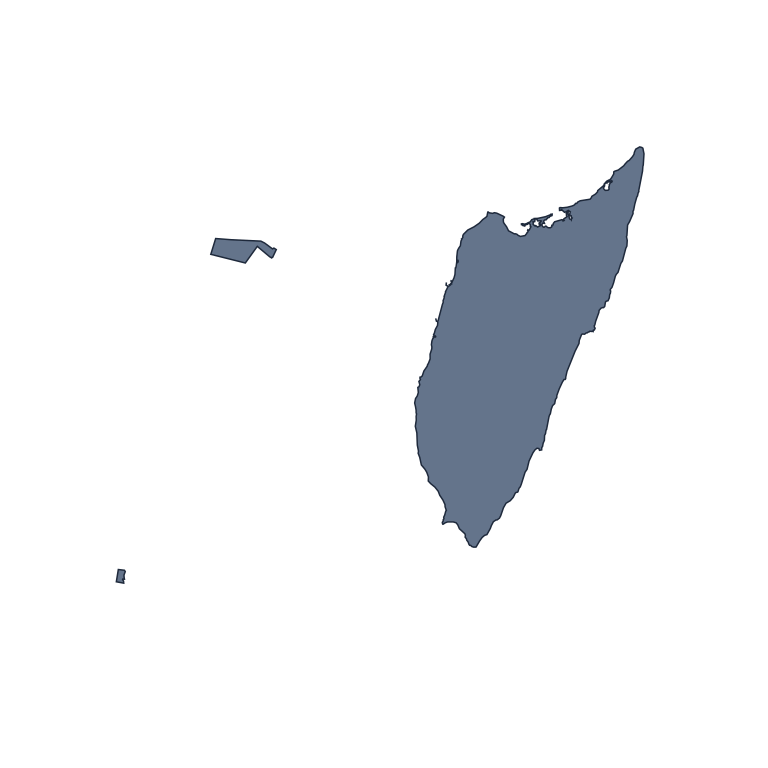 Cozumel, Quintana Roo, Mexico (Robinson projection), rotated 347°
{"feature_id": "50627088B79233583938817", "entity_name": "Cozumel", "entity_type": "district", "adm_level": 2, "iso_a3": "MEX", "parent_name": "Mexico", "parent_adm1": "Quintana Roo", "projection": "robinson", "projection_center": [-86.9, 20.435], "detail": "fine", "context": "isolated", "style": "filled", "palette": "slate", "viewbox_px": 768, "rotation_deg": 347, "n_neighbors": 0, "source": "geoboundaries", "source_scale": "gbopen_adm2", "svg_char_len": 6150}
<svg xmlns="http://www.w3.org/2000/svg" viewBox="0 0 768 768"><g transform="rotate(347 384 384)"><path d="M675.7,252.9L683.8,234.7L685.2,230.2L685.9,228.9L689.1,218.2L689.3,212.5L688.4,211.5L686.5,210.5L682.1,211.8L680.1,214.5L679.2,216.5L677.1,218.5L673.2,221.3L671.4,221.8L668.6,223.7L666.7,225.3L660.4,228.2L656.4,228.6L655.6,229.0L655.1,231.0L652.3,234.0L651.0,235.2L647.9,236.8L648.0,237.6L649.3,237.8L649.8,237.5L650.3,237.9L651.1,236.9L652.0,237.7L651.1,238.7L650.3,238.5L648.3,240.5L648.1,241.6L647.4,242.6L647.1,244.8L646.6,245.2L645.8,245.6L643.1,245.1L641.9,243.1L641.9,242.4L643.4,240.8L644.1,238.6L645.8,237.7L646.4,238.4L647.7,236.2L646.6,236.5L643.4,238.8L643.3,239.6L642.6,240.1L635.8,243.6L635.2,244.9L632.8,246.5L628.7,247.9L628.0,249.0L626.4,250.3L616.4,249.6L613.7,250.3L612.4,251.4L611.2,251.1L610.4,252.0L609.0,252.6L607.0,252.9L602.2,253.0L597.8,252.5L595.2,251.7L594.5,252.0L594.1,254.4L595.8,254.6L596.4,253.4L596.4,254.3L598.5,257.3L600.0,257.2L602.6,256.3L604.3,258.1L603.5,259.5L602.9,261.6L603.0,261.9L604.3,262.3L604.1,263.9L604.7,264.6L603.7,265.4L603.4,266.2L603.2,265.7L602.0,264.9L601.7,258.8L602.4,257.6L601.7,257.4L599.9,258.9L600.2,259.7L599.8,260.1L599.7,260.8L600.0,262.1L596.5,263.5L595.8,264.2L596.3,265.2L595.1,265.4L594.9,264.3L594.3,263.9L586.8,264.3L585.1,265.6L584.5,267.0L583.2,267.1L582.9,268.5L581.2,269.2L579.6,268.8L578.6,268.3L577.4,266.6L576.7,266.5L575.7,267.2L574.6,267.0L573.9,266.0L573.5,264.4L574.9,263.0L576.5,263.6L576.1,261.2L577.4,260.3L578.9,260.5L579.5,259.8L580.3,259.6L580.7,258.9L582.4,258.9L583.3,258.0L585.6,257.7L586.1,256.3L584.7,256.1L584.4,256.5L579.0,257.3L571.1,257.2L568.0,256.6L568.1,257.0L569.9,257.7L570.5,259.7L573.7,260.3L573.6,261.1L572.3,261.8L571.6,261.8L571.2,262.5L571.2,263.5L572.2,263.3L572.4,263.8L572.0,264.9L569.0,265.6L567.5,263.8L567.0,264.1L566.4,263.7L565.2,261.9L565.7,260.4L565.6,259.5L565.8,259.2L566.3,259.7L567.4,259.7L568.0,258.0L567.7,256.8L564.9,257.1L563.0,258.9L560.7,259.3L562.2,261.1L562.4,261.8L562.0,263.3L562.5,263.9L560.1,266.7L559.4,266.8L558.9,266.1L558.5,266.5L558.8,267.5L558.3,268.3L557.4,268.7L557.1,269.3L554.8,271.1L550.1,270.9L548.1,269.3L547.2,268.0L546.1,267.3L544.7,267.0L539.8,262.7L538.8,258.4L537.1,254.4L536.8,253.1L537.3,250.2L538.9,248.5L538.0,247.4L532.3,242.9L530.0,241.9L528.3,242.2L525.1,240.9L524.2,239.8L523.8,239.8L522.0,243.8L520.5,244.6L517.2,246.0L513.1,248.7L507.1,251.1L500.3,252.8L495.0,256.1L494.0,257.6L493.8,258.9L492.4,260.3L492.3,260.1L492.2,260.1L492.2,260.8L491.2,262.0L489.5,266.5L486.9,268.9L486.7,268.7L486.8,269.0L485.5,270.8L483.5,276.6L482.3,281.6L483.1,281.3L483.6,280.0L484.0,280.2L483.8,281.6L482.9,282.3L482.1,282.0L480.8,285.5L480.0,287.0L479.6,287.0L477.8,293.2L476.1,296.3L473.6,299.5L472.6,298.5L472.4,298.7L473.5,299.5L472.9,300.1L473.0,300.4L471.8,301.7L471.6,301.2L471.4,301.4L471.8,301.7L471.1,301.8L471.4,302.0L470.9,302.4L470.2,302.4L470.4,302.7L469.6,303.1L468.5,303.4L466.9,301.7L467.6,299.1L466.7,301.7L468.4,303.4L464.6,308.0L464.7,308.4L462.3,312.1L462.5,312.3L461.7,314.1L460.3,316.1L460.1,317.7L458.8,319.6L450.9,334.6L450.2,335.0L449.3,334.6L449.1,331.7L449.2,334.6L450.0,335.1L450.3,336.1L449.3,339.0L446.3,342.4L444.0,346.7L443.6,346.7L443.3,347.3L443.8,348.6L444.9,348.8L445.0,349.6L444.1,349.9L443.5,348.9L442.6,349.0L442.3,350.4L441.6,350.9L440.4,352.8L439.0,356.4L439.0,358.6L438.4,360.6L435.6,365.3L434.6,369.9L432.2,373.5L430.5,375.4L430.3,376.2L425.8,380.3L423.1,384.7L421.4,385.6L420.7,385.4L420.3,386.3L420.5,387.9L418.6,389.3L418.7,392.8L417.4,394.6L416.2,394.9L415.5,400.1L413.6,403.3L411.5,405.2L409.6,409.4L409.6,413.1L409.4,416.7L408.8,419.4L409.0,420.4L408.0,422.9L407.3,426.5L405.0,432.2L405.0,439.1L402.7,451.1L402.5,457.2L401.7,459.2L402.3,463.5L402.2,471.3L404.7,476.2L405.8,479.6L406.4,484.5L405.3,488.5L407.0,491.5L410.4,495.9L412.7,500.7L413.3,505.0L415.3,510.3L416.3,515.2L415.9,517.4L416.3,521.3L415.6,521.7L413.7,525.3L412.2,527.2L412.1,528.8L411.2,529.5L410.8,530.9L409.7,531.9L409.6,533.3L409.8,533.9L410.2,533.9L412.5,533.0L414.9,532.7L420.5,534.0L423.1,535.5L424.2,537.9L424.9,542.0L429.1,548.1L429.3,549.5L428.6,551.5L429.5,553.4L429.5,554.8L430.5,557.1L430.6,558.9L431.1,560.4L432.1,560.7L433.0,562.1L434.6,563.1L437.0,563.6L441.9,558.4L445.1,555.6L448.0,554.1L450.4,553.9L455.1,548.7L456.7,546.2L459.6,542.8L462.4,541.7L463.6,541.9L466.3,540.7L468.1,538.6L472.6,531.4L476.1,527.6L480.8,526.1L484.5,523.4L487.3,519.9L488.2,519.4L489.9,519.4L490.4,518.9L492.1,516.0L493.6,514.9L495.2,512.6L501.6,501.7L504.2,499.3L508.0,491.7L513.6,484.6L516.2,482.2L518.6,481.0L520.4,481.7L520.6,483.6L522.8,483.7L523.4,481.4L524.4,480.6L525.8,477.4L527.6,475.0L528.9,470.2L530.2,468.7L531.5,465.4L532.1,465.0L537.5,452.8L538.6,451.1L539.3,450.6L541.4,446.0L543.4,443.0L545.9,441.5L547.6,437.6L549.2,436.2L549.9,433.9L553.7,428.1L558.2,422.3L560.4,420.1L561.6,420.3L562.2,419.7L562.7,418.0L565.2,412.8L577.6,395.0L583.1,388.4L584.1,385.4L587.6,380.3L588.4,379.9L590.7,380.6L592.6,379.7L593.6,379.9L594.8,379.3L595.6,379.4L596.3,378.9L598.1,379.5L598.7,379.4L599.5,380.0L600.2,378.6L601.1,378.7L602.3,377.1L601.8,376.0L602.0,374.5L602.7,373.9L604.3,370.6L609.4,362.7L610.2,360.6L612.6,358.9L614.0,358.7L615.1,359.0L616.5,358.1L618.2,354.0L619.2,353.3L621.0,353.3L622.9,350.8L624.0,347.7L625.0,346.5L625.8,344.3L625.5,343.6L625.8,342.7L627.9,341.1L630.5,337.0L633.6,331.1L635.0,329.4L637.1,327.9L641.9,319.8L644.0,317.8L650.1,306.2L651.7,304.2L653.3,298.8L653.4,295.0L654.1,293.9L657.1,283.9L659.9,280.9L665.0,274.0L665.4,271.8L666.3,270.8L668.9,265.0L672.3,258.8L673.3,257.8L674.6,255.0L675.6,253.9L675.7,252.9ZM309.3,228.8L307.3,226.8L305.8,227.3L299.4,219.8L296.2,217.1L267.4,209.0L252.7,204.4L244.4,218.7L276.1,234.9L291.5,221.4L301.3,234.4L302.9,235.9L303.3,235.4L304.0,235.5L309.3,228.8ZM85.6,519.5L85.9,517.5L85.3,515.8L85.6,515.3L87.2,515.8L87.3,513.7L87.7,511.6L89.7,508.6L89.2,507.1L83.4,505.0L78.7,516.5L85.6,519.5ZM554.9,258.9L553.9,258.9L553.8,259.7L554.4,259.9L555.2,261.1L556.6,261.2L556.7,261.7L557.0,261.6L557.2,260.7L559.9,260.7L560.3,260.1L560.3,259.7L557.0,259.9L554.9,258.9Z" fill="#64748b" stroke="#1e293b" stroke-width="1.5"/></g></svg>